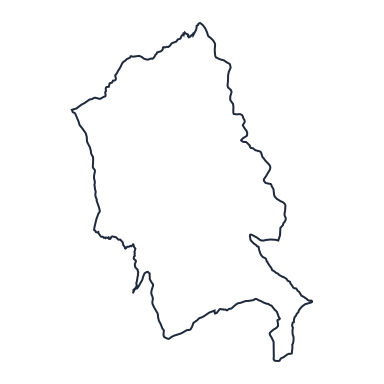 Pamplonita, Norte de Santander, Colombia
{"feature_id": "7082276B88663315175961", "entity_name": "Pamplonita", "entity_type": "district", "adm_level": 2, "iso_a3": "COL", "parent_name": "Colombia", "parent_adm1": "Norte de Santander", "projection": "natural_earth1", "projection_center": [-72.634, 7.481], "detail": "fine", "context": "isolated", "style": "outline", "palette": "slate", "viewbox_px": 384, "rotation_deg": 0, "n_neighbors": 0, "source": "geoboundaries", "source_scale": "gbopen_adm2", "svg_char_len": 5945}
<svg xmlns="http://www.w3.org/2000/svg" viewBox="0 0 384 384"><path d="M184.7,32.5L184.0,33.6L183.7,34.9L183.2,34.1L183.0,34.7L182.2,35.2L181.5,36.0L180.4,38.6L177.7,39.5L176.4,41.5L172.1,43.1L171.1,44.0L170.0,45.7L168.3,47.0L166.7,46.8L164.9,47.5L163.9,47.1L163.4,47.2L162.9,47.7L162.8,49.0L162.2,50.2L160.7,51.4L157.1,52.4L156.6,53.7L155.5,54.8L154.2,57.2L152.9,58.5L152.1,58.8L151.0,58.5L148.1,59.6L147.0,59.6L144.2,58.8L141.7,56.9L139.2,55.9L132.9,56.7L131.2,56.2L130.6,56.3L130.2,57.5L126.7,59.2L125.1,60.8L123.6,61.7L122.3,63.1L120.3,67.4L117.9,71.1L116.9,73.2L115.4,75.2L115.2,75.7L115.9,78.4L115.8,79.1L115.4,80.0L114.5,80.5L112.9,80.7L112.4,81.9L111.7,82.8L110.1,83.0L109.6,83.4L108.8,86.8L106.7,87.0L106.0,87.5L105.7,89.0L106.0,91.1L105.4,91.8L105.2,92.7L105.6,94.8L105.5,95.9L105.1,96.4L103.6,96.9L100.9,98.5L99.7,98.9L95.2,97.7L94.1,97.9L91.9,99.1L89.6,99.5L84.5,103.1L81.7,104.5L76.4,108.5L71.9,109.8L72.7,112.0L73.3,112.5L74.6,112.9L75.3,113.8L78.6,121.7L79.6,125.1L82.3,128.4L85.7,133.2L86.7,136.6L87.0,141.1L87.3,142.3L89.9,147.3L90.9,151.1L91.0,153.0L91.9,155.2L92.9,156.7L93.2,159.7L92.8,166.8L93.2,168.1L94.7,169.8L94.9,170.7L94.9,171.6L94.1,175.4L94.0,178.1L94.8,181.5L94.8,183.2L94.4,185.1L94.7,186.1L94.9,188.7L95.7,191.7L95.4,193.6L95.4,195.6L96.0,198.0L96.7,199.1L96.6,200.6L98.9,207.1L99.6,209.8L99.8,211.3L99.4,212.3L98.5,213.4L96.5,218.8L94.5,227.0L94.1,230.0L95.4,230.9L95.8,232.0L97.3,232.5L98.3,232.0L98.5,233.2L100.8,236.4L101.5,236.8L102.9,236.8L104.0,237.9L105.0,237.5L105.6,238.2L106.5,237.6L107.8,237.9L108.6,237.3L109.0,238.0L109.0,238.8L110.2,238.9L110.7,238.4L111.1,237.2L112.2,236.4L115.9,237.2L118.5,239.7L120.3,239.6L122.7,242.3L123.4,245.3L124.7,246.9L125.0,248.3L125.4,248.6L125.8,248.4L127.3,246.7L128.8,246.8L130.3,245.9L131.3,246.3L132.2,245.6L133.1,244.3L133.4,244.4L134.0,246.8L135.4,248.7L134.4,252.1L134.8,253.1L134.5,254.8L134.8,255.8L133.9,256.8L133.7,258.6L133.9,259.0L135.4,260.2L135.9,260.9L135.7,262.1L134.8,264.0L135.0,266.1L135.4,267.5L137.6,269.6L137.6,270.6L138.3,272.3L137.9,273.5L138.1,274.9L137.8,275.7L137.0,280.6L136.3,283.3L136.8,285.7L135.7,287.8L133.4,290.0L133.5,291.4L132.9,293.4L134.3,289.9L135.7,288.8L137.1,288.3L138.2,287.0L142.3,279.8L143.0,277.0L144.5,273.4L146.4,272.1L147.6,271.9L148.0,271.9L148.9,273.0L149.6,273.4L149.8,279.3L152.1,283.2L153.1,284.4L153.0,285.9L151.6,290.2L151.3,292.2L151.4,294.1L152.4,296.5L152.9,298.6L152.3,302.3L152.5,303.8L153.9,307.0L157.5,313.2L157.9,314.9L158.0,317.0L158.9,320.7L160.5,323.7L162.4,328.5L163.9,330.4L163.5,334.4L163.6,335.6L164.3,337.1L167.4,338.6L168.4,338.9L169.2,338.7L171.4,337.0L174.2,335.6L181.2,333.4L186.7,330.2L189.8,329.8L190.6,329.3L192.3,326.2L193.4,322.9L197.0,320.4L199.2,318.2L201.7,317.4L203.8,316.3L209.4,312.5L214.6,310.6L214.6,312.4L215.1,313.5L215.8,313.0L216.6,313.1L219.4,309.5L220.2,309.0L222.0,309.4L223.1,309.3L223.9,309.7L225.6,309.5L226.9,310.4L229.2,308.9L231.4,308.5L235.8,304.6L237.7,303.4L240.6,302.8L245.7,301.0L248.6,300.9L253.6,300.1L254.9,299.1L255.8,298.9L257.0,299.2L258.7,300.3L260.6,300.9L263.5,302.5L266.5,303.7L268.3,303.9L269.7,305.0L271.6,305.7L274.7,309.8L275.8,310.6L276.9,311.9L279.0,317.6L279.8,318.4L279.5,319.2L277.5,320.1L277.4,320.6L278.1,324.5L277.9,326.2L276.5,327.8L273.1,329.9L271.0,331.7L269.8,333.0L269.7,334.0L270.2,335.4L271.4,337.2L273.6,341.8L273.8,356.6L273.6,359.2L274.3,360.4L275.3,360.8L277.7,361.0L279.5,360.8L280.3,359.3L281.3,358.1L283.7,357.2L286.9,354.7L288.7,353.8L290.5,353.8L291.8,353.4L292.4,347.8L292.3,344.5L293.0,343.5L293.5,340.6L293.6,338.3L293.4,336.4L292.7,334.7L292.5,332.4L292.5,330.3L292.9,327.6L292.3,326.4L292.1,325.3L292.6,322.9L293.0,322.4L293.8,322.2L294.0,319.5L294.7,317.1L296.0,315.6L296.8,313.7L298.3,312.3L298.9,310.4L300.0,308.8L302.1,306.4L305.2,304.2L311.4,302.4L312.0,302.0L312.1,301.2L311.3,300.6L308.8,300.6L307.4,299.7L306.5,298.7L305.2,298.0L304.6,297.4L301.4,295.6L299.1,291.8L297.7,290.8L296.3,288.6L295.6,288.3L294.3,288.3L293.2,287.5L291.5,284.8L290.5,283.7L290.0,281.8L287.7,280.7L286.4,278.8L283.4,276.9L282.5,276.8L279.2,275.0L277.9,273.6L276.1,272.9L274.0,271.1L272.2,270.2L271.3,267.9L269.3,265.3L267.5,262.5L267.4,261.8L266.7,261.3L266.0,258.9L264.9,258.0L262.9,257.1L261.5,255.6L260.9,254.6L260.3,253.5L259.0,249.4L258.7,247.0L258.4,246.7L257.2,246.4L255.9,244.9L253.9,243.6L251.1,240.7L250.5,239.8L249.9,236.3L250.1,234.8L250.8,234.5L251.8,234.8L257.1,237.7L260.0,239.9L261.5,240.5L263.5,240.6L265.8,240.0L270.6,239.5L275.6,239.8L278.3,240.5L280.0,235.3L280.4,227.8L282.9,225.2L283.5,223.0L284.8,221.6L285.7,219.7L285.7,217.9L284.6,215.5L284.5,214.0L285.1,210.7L285.4,205.5L284.9,204.1L283.2,202.4L280.6,201.2L276.8,198.8L274.7,196.5L274.1,195.0L273.5,189.3L271.8,186.3L271.1,184.4L270.6,184.0L266.1,183.1L265.2,182.6L263.8,180.5L264.0,179.0L266.0,176.3L267.9,172.9L269.6,170.3L270.2,168.6L270.3,167.0L269.6,165.2L268.6,164.0L265.4,160.7L263.8,158.5L262.5,157.1L261.0,152.3L259.6,151.3L255.3,150.2L253.0,148.3L250.7,147.9L249.9,146.6L249.8,145.6L246.7,142.5L246.0,142.0L243.3,141.9L241.6,140.9L241.1,140.3L242.8,138.3L246.6,136.0L247.1,135.1L247.2,132.5L246.2,130.3L245.1,129.1L242.8,125.4L242.9,124.9L244.4,122.6L244.7,121.3L244.6,120.4L243.4,118.3L242.5,115.7L241.7,114.8L240.5,114.3L239.1,114.1L237.1,114.4L233.8,114.0L233.5,113.4L233.3,112.2L233.4,106.6L233.0,103.8L230.6,100.6L230.2,99.4L230.3,96.3L231.4,92.7L231.5,91.6L231.0,90.1L228.1,87.5L227.5,85.7L228.0,80.8L228.1,75.4L228.8,71.8L230.3,68.5L230.6,67.4L230.1,64.8L229.5,63.8L227.2,62.6L223.9,60.4L219.7,59.2L216.0,57.4L215.3,56.3L215.0,53.8L214.7,49.5L215.1,45.4L215.0,44.0L214.6,42.8L213.3,40.6L210.3,37.6L209.1,36.9L208.0,35.7L207.0,32.2L205.1,28.2L203.1,25.4L201.0,23.6L200.0,23.0L199.4,23.2L198.4,23.9L198.0,25.1L196.6,25.8L196.6,27.5L196.1,29.8L193.1,35.4L192.8,34.1L192.1,35.0L191.0,35.5L190.6,36.4L189.0,37.3L188.5,36.3L188.0,36.3L187.8,34.9L188.1,34.8L187.9,34.5L185.3,33.4L184.7,32.5Z" fill="none" stroke="#1e293b" stroke-width="2"/></svg>